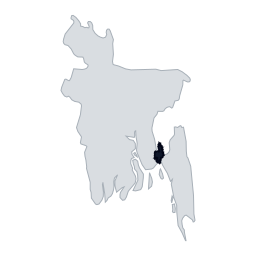 location of Feni, Chittagong, Bangladesh
{"feature_id": "16705992B83268326466345", "entity_name": "Feni", "entity_type": "district", "adm_level": 2, "iso_a3": "BGD", "parent_name": "Bangladesh", "parent_adm1": "Chittagong", "projection": "equal_earth", "projection_center": [91.37, 23.021], "detail": "fine", "context": "in_parent", "style": "filled", "palette": "ink", "viewbox_px": 256, "rotation_deg": 0, "n_neighbors": 0, "source": "geoboundaries", "source_scale": "gbopen_adm2", "svg_char_len": 7566}
<svg xmlns="http://www.w3.org/2000/svg" viewBox="0 0 256 256"><path d="M90.2,189.4L90.2,182.3L86.5,168.3L86.7,166.8L85.9,160.0L85.0,156.3L84.6,152.3L86.9,146.6L86.0,145.7L80.9,143.9L80.4,142.5L81.5,136.9L77.9,131.5L76.5,127.6L80.4,114.8L81.5,105.9L81.2,104.2L78.9,102.2L74.7,101.4L71.8,99.8L70.0,97.3L68.6,96.2L66.8,97.0L64.5,96.0L62.6,93.5L61.0,90.5L61.7,87.2L64.8,79.4L65.9,79.1L68.5,80.6L69.5,80.6L71.2,77.5L73.7,68.8L82.1,69.5L84.2,69.2L86.3,68.5L87.4,67.4L88.1,66.0L87.9,64.8L85.3,63.1L84.3,61.9L83.6,58.4L82.9,57.1L77.8,56.9L75.2,55.3L73.7,53.8L71.2,49.0L68.0,45.5L65.0,44.7L63.8,43.5L63.2,41.7L63.6,39.1L65.2,34.0L73.7,23.1L73.9,21.9L73.6,20.5L71.1,18.8L71.0,17.9L71.7,15.6L73.1,15.4L75.9,17.4L78.8,20.8L80.6,23.8L80.6,26.1L82.9,26.6L84.8,27.7L86.8,27.3L88.0,27.9L88.9,27.7L89.2,26.4L87.6,22.9L88.4,21.5L90.3,21.6L91.7,22.9L92.7,25.5L92.8,29.6L95.1,33.3L98.0,35.9L100.3,37.1L103.1,38.0L105.5,37.2L106.7,34.6L106.2,32.3L106.6,30.2L107.6,29.1L109.1,29.1L110.2,30.8L113.4,39.6L112.7,43.6L113.4,54.4L112.5,61.5L113.0,64.2L113.6,64.7L118.5,66.0L125.6,68.9L131.1,69.9L155.8,69.2L161.2,70.6L177.7,69.5L182.2,71.8L187.1,75.5L189.8,78.2L190.3,79.8L190.0,81.2L189.1,81.9L187.4,81.9L183.5,80.1L182.9,80.7L182.8,84.9L179.7,95.7L179.2,99.0L178.2,100.3L174.9,101.0L172.7,107.3L171.8,108.1L169.7,106.7L168.4,106.9L166.7,107.5L165.0,109.0L163.9,110.8L162.6,111.4L157.9,111.3L157.0,114.2L154.0,118.0L151.9,128.1L152.1,131.2L154.6,139.3L156.4,149.8L157.1,150.9L158.0,151.0L158.0,146.2L158.9,145.6L159.9,146.1L162.1,152.6L163.4,154.2L165.3,154.7L167.5,153.7L169.1,151.8L169.8,149.8L169.2,142.7L170.2,139.8L174.0,135.5L174.5,134.2L174.3,127.1L175.7,126.9L177.6,127.5L180.0,125.8L180.8,125.7L181.8,127.5L183.5,127.2L186.1,141.3L186.3,151.2L186.9,156.7L187.9,157.9L190.7,166.2L193.5,195.4L193.9,214.0L195.0,220.3L194.1,221.7L193.2,222.0L192.3,219.8L186.2,215.1L184.7,215.6L182.6,218.3L181.7,220.8L182.1,224.4L182.8,227.9L184.3,230.0L184.4,232.2L186.0,240.6L185.5,240.6L182.2,233.0L178.1,225.5L176.8,212.1L176.7,205.4L173.9,197.7L171.3,184.1L172.4,179.3L170.5,181.4L167.4,173.3L162.7,165.3L161.3,161.8L161.2,158.4L159.2,161.8L156.4,164.3L153.5,167.9L151.6,169.0L145.6,169.7L142.2,164.8L137.2,152.9L136.5,150.2L137.2,143.2L136.0,136.6L135.7,130.8L134.8,131.3L134.5,132.9L134.7,135.4L134.3,137.4L126.0,136.1L129.5,139.6L133.3,140.4L135.3,143.5L135.4,148.7L131.7,151.8L132.0,154.4L134.2,157.6L131.5,158.5L130.8,160.6L130.7,163.6L132.6,168.2L132.2,170.0L135.4,176.0L136.0,178.9L135.2,182.9L128.3,191.2L126.4,197.0L124.7,199.8L122.6,200.3L120.0,197.5L120.0,194.6L120.5,192.4L124.1,186.9L122.1,187.7L116.6,192.2L115.6,188.5L114.9,185.1L114.9,181.0L117.6,174.8L114.5,177.9L113.7,181.7L114.0,186.3L113.6,189.5L112.4,193.7L110.8,196.2L108.2,197.9L107.0,200.4L105.3,202.2L104.7,193.7L102.9,182.3L102.4,184.7L103.4,191.8L103.3,196.4L101.9,200.1L99.0,204.0L96.8,204.6L95.5,204.0L91.4,198.1L91.1,192.5L90.2,189.4ZM140.7,189.6L135.6,190.9L133.0,190.5L137.9,180.2L137.7,175.6L137.0,171.9L134.5,168.9L134.4,166.7L133.3,163.8L132.7,160.3L135.4,159.2L137.7,161.2L138.4,165.1L139.5,168.0L143.4,174.1L143.3,177.8L142.2,186.8L140.7,189.6ZM151.6,186.2L148.5,188.9L149.5,172.7L151.8,178.7L152.4,182.0L151.6,186.2ZM163.5,178.1L162.1,179.2L160.8,178.2L159.2,174.4L160.0,169.6L160.5,168.9L162.5,173.8L163.5,178.1ZM175.0,212.4L173.2,212.6L172.4,211.4L172.8,209.8L172.3,204.5L174.5,204.0L175.3,208.4L175.0,212.4ZM173.0,197.6L171.7,202.9L171.2,200.5L172.1,195.9L173.0,197.6ZM136.8,155.4L137.3,157.0L134.5,154.9L133.7,153.3L135.0,152.5L136.8,155.4Z" fill="#d9dde1" stroke="#a8b0b8" stroke-width="1"/><path d="M164.0,155.3L164.0,155.1L163.5,154.7L163.5,154.0L163.2,154.1L163.0,153.9L163.2,153.2L162.9,153.2L163.3,152.4L162.7,152.4L162.9,151.8L162.8,151.7L162.5,151.7L162.8,151.4L162.5,150.7L162.7,150.3L162.3,150.2L162.4,149.8L162.1,149.8L162.2,149.5L162.4,149.4L162.2,149.3L162.2,149.1L162.3,149.0L161.9,148.9L162.2,148.5L162.2,148.2L162.1,148.3L161.9,148.4L161.7,148.2L161.9,148.0L162.0,147.9L161.6,148.0L161.5,147.7L161.7,147.2L161.7,146.9L162.0,146.9L162.0,146.7L161.8,146.7L161.9,146.4L161.6,146.5L161.5,146.4L161.4,146.6L160.9,146.2L161.3,146.2L161.3,145.7L161.1,145.3L160.6,145.6L160.5,145.4L160.4,145.3L160.4,145.2L160.9,145.0L160.6,144.3L160.3,144.4L160.5,143.8L160.5,143.7L160.3,143.8L159.8,143.7L159.6,143.8L159.5,143.7L159.4,143.9L159.4,143.7L159.4,143.8L159.3,143.7L159.3,143.4L159.5,143.2L159.4,143.2L159.3,142.9L159.2,142.8L159.2,143.9L158.9,143.5L158.8,143.9L159.1,144.2L158.7,144.3L158.8,144.5L158.9,144.9L158.9,145.0L158.5,145.0L158.7,145.3L158.5,145.5L158.3,145.8L158.5,145.8L158.5,146.4L158.3,146.4L158.3,146.7L158.4,147.1L158.5,147.1L158.4,147.8L158.6,147.9L158.7,148.5L158.8,148.8L158.8,149.3L159.0,149.5L158.9,150.1L159.1,150.1L159.0,150.5L159.3,150.7L159.4,150.9L159.3,151.0L159.2,151.3L159.4,151.4L159.3,151.5L159.3,151.4L159.2,151.5L158.9,151.6L158.1,151.2L158.0,151.3L157.5,151.3L157.4,151.3L157.2,151.2L156.9,151.4L156.8,151.5L156.7,151.5L156.4,152.0L156.2,152.0L155.8,151.8L155.6,151.9L155.4,151.7L155.2,151.6L155.1,151.8L155.1,151.7L155.0,151.8L154.9,151.8L154.7,152.1L154.7,152.4L154.8,152.5L154.7,152.7L154.8,152.7L154.9,153.0L154.9,153.4L154.8,153.5L154.8,153.8L154.8,154.1L154.7,154.4L154.8,154.5L154.7,155.0L154.7,155.3L154.6,155.5L154.8,155.5L154.8,155.8L154.8,156.0L154.8,156.6L154.8,156.9L154.8,157.1L154.8,157.4L154.7,157.5L154.4,157.8L154.5,157.8L154.5,158.1L154.8,158.3L154.8,158.5L154.9,158.4L155.0,158.5L155.0,158.3L155.1,158.1L155.3,158.2L155.3,157.8L155.6,157.9L155.7,158.0L155.9,158.0L156.0,158.1L156.2,157.8L156.2,157.6L156.3,157.6L156.4,157.8L156.5,157.7L156.8,157.6L156.9,157.4L157.1,157.5L157.1,157.3L157.2,157.6L157.5,157.7L157.5,157.9L157.5,158.0L157.4,158.0L157.3,157.9L157.2,157.9L157.3,158.1L157.2,158.3L157.3,158.5L157.2,158.6L157.0,158.4L156.8,158.5L157.0,158.8L157.2,158.7L157.2,158.8L157.1,159.1L157.0,159.3L157.3,159.3L157.4,159.1L157.5,159.1L157.5,159.3L157.4,159.4L157.4,159.5L157.5,159.7L157.4,159.7L157.2,159.4L157.1,159.7L157.0,160.0L157.0,160.9L157.0,161.0L156.9,161.5L156.9,161.9L157.1,162.1L157.3,162.2L157.6,161.9L157.9,161.8L157.9,161.7L158.0,161.7L158.1,161.8L158.2,162.3L158.4,162.3L158.7,162.4L159.1,163.1L159.4,163.2L159.6,163.4L159.7,163.1L159.8,163.0L159.8,162.5L159.5,162.3L159.5,162.2L159.6,161.9L159.4,161.8L159.1,161.6L159.0,161.4L159.1,161.2L159.6,160.8L159.6,160.4L159.7,160.2L159.9,160.2L160.1,160.4L160.1,160.6L160.3,160.6L160.4,160.4L160.5,160.0L160.7,159.7L160.8,159.6L160.8,159.3L161.0,159.1L161.0,158.9L161.0,158.7L160.7,158.7L160.7,158.2L160.8,158.0L160.6,157.9L160.6,157.7L160.8,157.8L161.6,157.7L161.8,157.8L162.2,157.7L162.7,157.3L162.8,157.1L162.7,156.9L162.9,156.6L162.8,156.4L162.7,156.3L162.5,156.2L162.7,155.9L162.9,156.2L163.1,155.8L163.0,155.7L163.3,155.8L163.5,155.7L163.6,155.8L163.7,156.0L163.7,155.7L164.0,155.4L164.0,155.3ZM160.8,159.8L160.7,159.9L160.5,160.4L160.4,160.6L160.1,160.7L160.0,160.4L159.9,160.3L159.8,160.6L159.6,161.0L159.4,161.2L159.4,161.4L159.5,161.5L160.2,162.2L160.3,162.3L160.1,161.9L160.1,161.6L160.2,161.4L160.5,160.9L160.7,160.7L160.7,160.3L160.8,160.0L160.8,159.8ZM156.9,161.0L156.5,160.9L156.3,161.0L156.4,161.4L156.6,161.6L156.8,161.8L156.8,161.5L156.9,161.0ZM156.9,160.9L157.0,160.3L157.0,160.2L156.7,160.2L156.8,159.8L156.6,159.9L156.3,160.0L156.2,160.1L156.3,160.2L156.5,160.2L156.5,160.3L156.7,160.5L156.8,160.9L156.9,160.9ZM158.3,162.5L158.5,162.6L158.5,162.4L158.3,162.3L158.2,162.3L158.3,162.5ZM160.4,162.6L160.3,162.9L160.4,163.2L160.5,163.4L160.5,163.0L160.4,162.6ZM156.8,159.9L156.6,160.0L156.9,160.0L156.8,159.9Z" fill="#0f172a" stroke="#020617" stroke-width="1.5"/></svg>